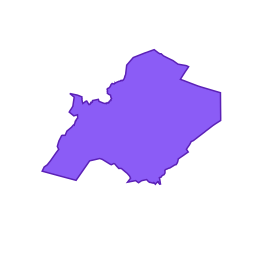 outline of Overhalla nor, Nord-Trøndelag, Norway, rotated 230°
{"feature_id": "86288312B92736978662870", "entity_name": "Overhalla nor", "entity_type": "district", "adm_level": 2, "iso_a3": "NOR", "parent_name": "Norway", "parent_adm1": "Nord-Trøndelag", "projection": "albers", "projection_center": [12.025, 64.481], "detail": "fine", "context": "isolated", "style": "filled", "palette": "violet", "viewbox_px": 256, "rotation_deg": 230, "n_neighbors": 0, "source": "geoboundaries", "source_scale": "gbopen_adm2", "svg_char_len": 4599}
<svg xmlns="http://www.w3.org/2000/svg" viewBox="0 0 256 256"><g transform="rotate(230 128 128)"><path d="M121.3,54.6L127.5,77.5L122.8,86.7L120.6,88.1L111.6,91.1L110.6,91.6L110.2,93.0L109.9,94.3L109.0,94.8L105.6,94.8L104.4,94.9L103.0,94.9L101.4,96.8L100.7,97.0L96.0,97.8L93.9,98.2L91.8,98.3L90.8,98.3L90.1,98.3L87.9,97.7L86.8,92.8L82.8,100.0L79.3,100.9L78.9,104.5L76.5,109.1L74.3,109.2L72.6,109.5L72.1,110.0L69.5,111.9L69.6,112.7L67.3,112.8L67.7,114.7L67.7,115.3L67.7,115.7L67.8,116.3L67.5,116.6L67.2,116.4L66.7,116.3L66.6,116.1L65.5,116.2L64.9,116.2L64.5,116.2L64.2,116.9L65.4,117.5L65.6,117.7L68.4,119.4L68.7,119.5L69.0,119.7L69.8,120.1L69.7,120.5L69.6,120.8L69.4,121.1L69.2,121.3L69.2,121.6L69.2,121.8L69.1,122.0L69.2,122.4L69.3,122.6L69.4,122.8L69.5,122.9L69.5,123.1L69.5,123.4L69.5,123.6L69.5,124.0L69.4,124.4L69.3,124.8L69.2,125.1L69.2,125.3L69.1,125.6L69.7,127.3L69.9,127.5L70.3,127.9L70.5,128.1L71.9,129.0L71.9,130.6L71.7,131.1L71.4,131.7L71.4,132.1L71.3,132.4L71.0,133.4L70.5,134.3L69.8,138.9L69.8,139.4L69.7,139.9L69.0,141.4L69.2,141.7L69.3,141.9L69.2,142.0L69.4,142.8L69.6,143.0L69.7,143.3L69.7,143.5L69.9,143.8L70.0,144.0L70.3,144.5L70.7,145.0L72.0,146.7L70.9,158.7L74.2,159.1L75.6,164.3L77.0,167.7L76.3,170.1L76.3,170.5L76.1,175.5L75.8,181.7L75.8,182.2L75.7,183.7L75.7,185.9L75.6,187.5L75.3,194.9L75.1,196.6L75.0,197.7L74.5,201.5L74.2,203.8L74.8,204.3L75.7,205.1L83.0,211.1L85.8,213.4L86.4,213.9L95.6,221.5L112.5,210.3L115.2,208.6L121.6,205.0L128.5,201.2L131.6,199.4L132.9,203.4L134.5,208.6L135.2,211.2L136.0,213.8L137.4,213.2L138.5,212.6L144.8,207.3L150.7,205.8L155.1,203.8L160.5,201.5L163.6,201.1L164.4,200.1L166.1,199.5L171.2,198.4L174.7,189.0L178.6,177.3L177.0,167.4L171.0,161.1L170.2,160.1L169.7,158.9L169.5,158.7L169.3,158.5L169.2,158.2L168.9,158.0L168.8,157.9L168.8,157.7L168.7,157.5L168.5,157.2L168.3,156.8L168.1,156.4L168.1,156.2L168.0,155.9L167.9,155.7L167.8,155.4L167.9,155.2L167.9,154.9L168.0,154.6L167.9,154.5L167.9,154.3L167.9,154.2L168.0,154.1L168.1,153.9L168.3,153.8L168.3,153.7L168.5,153.6L168.8,153.5L169.0,153.1L169.0,152.9L169.0,152.7L168.9,152.6L169.0,152.4L169.0,152.2L169.1,151.9L169.2,151.7L169.4,151.4L169.5,151.3L169.6,151.2L169.6,150.9L169.9,150.1L170.1,149.3L170.3,148.7L170.6,147.4L170.7,147.0L170.8,147.0L170.6,146.8L170.6,146.6L170.7,146.3L170.7,146.1L170.7,145.9L170.7,145.7L171.0,145.5L171.2,145.2L171.5,145.0L171.7,144.8L171.9,144.6L172.1,144.4L172.3,144.4L172.3,144.2L172.2,144.0L172.2,143.6L172.2,143.4L172.1,143.0L172.1,142.8L172.1,142.7L171.9,142.4L171.8,142.1L171.5,141.6L171.4,141.6L171.3,141.4L171.3,141.2L171.2,140.7L171.0,140.3L171.0,139.8L171.0,139.5L171.0,139.2L171.0,138.6L171.1,138.3L171.3,138.1L171.4,137.6L171.2,137.4L171.2,137.2L171.1,136.9L170.7,136.7L170.2,136.5L169.7,136.2L169.6,135.9L169.5,135.7L169.1,135.6L168.9,135.6L168.6,135.3L168.3,134.9L167.9,134.5L166.1,134.9L164.5,135.7L162.7,134.8L162.4,134.7L162.2,134.5L161.8,134.5L161.2,134.4L161.0,133.8L160.8,133.3L160.7,133.2L160.8,133.2L160.7,132.7L160.6,132.4L160.4,132.3L160.3,132.1L160.3,131.8L160.3,131.7L160.4,131.4L160.3,131.2L160.4,130.8L160.3,130.7L160.2,130.6L160.2,130.4L160.2,130.2L159.9,129.9L160.0,129.7L159.9,129.7L159.7,129.4L159.8,129.3L159.8,129.2L160.0,128.9L160.2,128.6L160.3,128.5L160.3,128.4L160.5,128.2L160.7,127.8L160.7,127.7L160.8,127.6L160.9,127.3L161.0,127.3L160.9,127.1L161.0,127.1L161.0,126.9L161.3,126.6L161.4,126.4L161.5,126.3L161.6,126.1L162.6,125.3L167.0,122.9L169.0,123.7L171.8,118.5L170.8,117.4L171.2,116.9L171.1,116.7L170.9,116.0L171.4,115.9L171.1,115.3L170.7,114.7L170.9,114.1L170.6,113.8L171.1,113.1L173.5,113.5L175.2,113.7L175.5,113.1L175.7,112.3L175.6,112.2L175.7,111.1L175.7,110.4L175.7,109.2L177.6,109.9L178.8,110.7L179.2,110.8L179.3,110.9L179.9,111.6L180.2,111.7L180.4,111.9L180.9,112.2L181.3,112.5L181.5,112.7L185.7,110.4L191.8,105.6L186.2,106.6L184.8,105.0L180.1,99.7L179.1,96.7L179.0,96.4L178.8,95.5L178.0,93.2L172.1,94.3L170.6,97.8L167.9,95.8L167.9,95.6L167.9,95.3L167.8,95.1L167.9,94.7L167.7,94.1L167.6,93.6L167.5,93.4L167.0,93.0L167.2,92.4L167.1,92.0L166.9,91.8L166.8,91.7L166.6,91.5L166.6,91.4L166.3,91.1L166.2,90.9L166.1,90.7L166.0,90.4L165.9,90.3L165.8,90.2L165.6,89.8L165.3,89.4L165.3,89.2L165.2,89.1L165.3,89.1L165.3,88.4L165.3,87.6L164.9,85.3L164.9,79.2L162.8,75.2L162.9,74.9L163.0,74.8L163.2,74.6L163.5,74.4L163.7,74.1L163.8,74.0L163.8,73.9L164.0,73.7L164.2,73.4L164.3,73.4L164.5,73.1L164.7,72.9L164.7,72.7L164.7,72.4L164.8,72.2L162.5,66.8L162.1,66.3L161.8,65.7L159.3,62.0L156.2,61.2L155.3,57.2L152.7,47.5L151.7,42.5L152.0,38.7L150.1,34.5L135.7,44.5L121.3,54.6Z" fill="#8b5cf6" stroke="#5b21b6" stroke-width="1.5"/></g></svg>